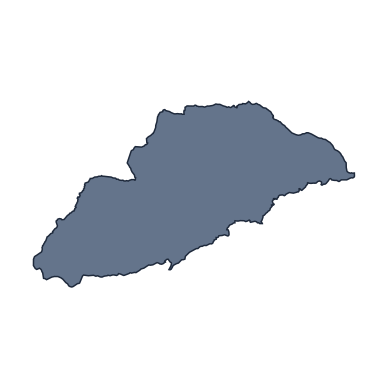 Caineni, Vâlcea, Romania, rotated 176°
{"feature_id": "2599482B74506560405437", "entity_name": "Caineni", "entity_type": "district", "adm_level": 2, "iso_a3": "ROU", "parent_name": "Romania", "parent_adm1": "Vâlcea", "projection": "equal_earth", "projection_center": [24.304, 45.515], "detail": "fine", "context": "isolated", "style": "filled", "palette": "slate", "viewbox_px": 384, "rotation_deg": 176, "n_neighbors": 0, "source": "geoboundaries", "source_scale": "gbopen_adm2", "svg_char_len": 6082}
<svg xmlns="http://www.w3.org/2000/svg" viewBox="0 0 384 384"><g transform="rotate(176 192 192)"><path d="M213.4,276.1L214.9,275.8L215.1,275.2L215.5,275.0L215.6,274.2L218.4,273.6L219.1,272.4L220.0,271.7L219.9,271.3L221.1,269.4L222.2,264.3L223.5,261.0L223.8,258.7L225.8,254.4L226.6,253.6L226.6,253.1L227.4,252.8L229.4,251.2L231.7,250.1L233.7,248.4L233.6,244.4L232.8,244.0L233.1,243.3L234.2,242.5L235.2,242.5L236.4,241.3L239.1,240.3L245.4,241.2L246.6,240.0L247.6,238.3L249.5,237.5L249.9,236.9L254.6,225.5L252.8,222.3L252.5,221.3L251.5,219.9L251.2,218.2L250.3,216.0L248.3,213.1L248.0,210.9L247.8,210.3L247.3,210.2L247.7,208.0L248.2,207.8L249.1,208.4L251.3,208.6L253.7,208.0L254.7,207.4L256.6,207.9L257.7,207.6L259.1,207.8L260.1,208.6L261.5,208.5L263.6,208.9L264.9,210.0L266.5,210.0L266.9,210.8L267.5,211.2L269.7,211.5L271.5,212.5L279.1,213.9L279.9,213.9L281.1,214.6L281.6,214.1L284.1,214.2L285.4,213.7L288.0,213.7L290.5,212.5L292.6,212.6L293.0,211.5L293.6,211.0L294.1,210.0L294.8,209.2L298.0,208.3L298.1,207.7L298.6,207.1L298.3,205.8L299.0,205.2L298.9,204.7L299.1,204.2L299.0,203.4L300.0,202.5L300.1,201.3L301.0,200.8L301.9,199.5L303.0,198.9L304.4,198.6L304.5,197.3L303.8,196.7L304.6,194.9L305.4,194.6L306.0,195.1L306.7,194.3L306.9,193.6L306.1,192.8L306.5,191.9L306.7,190.3L307.3,189.7L307.8,188.4L308.6,187.5L308.8,186.6L309.5,185.9L308.8,185.0L308.8,184.6L310.0,183.8L310.3,182.5L310.8,182.2L310.9,181.4L312.5,181.0L314.5,179.4L315.5,179.3L316.2,178.2L317.9,177.3L321.5,173.5L323.6,173.4L324.2,173.6L324.5,174.4L326.3,174.7L328.1,174.1L328.5,173.1L329.5,172.6L329.6,171.5L328.6,167.8L328.8,167.0L329.7,165.7L331.3,164.9L333.8,162.2L333.6,161.8L333.8,161.0L335.7,160.4L338.6,157.8L339.6,157.4L341.2,153.6L342.3,152.4L342.4,151.9L343.2,151.0L344.0,149.5L344.8,148.8L344.8,148.3L345.5,146.9L345.3,145.8L345.6,144.3L346.3,142.7L353.6,138.5L354.8,136.0L355.3,129.7L353.7,126.6L352.3,125.6L349.4,126.6L348.2,125.5L347.7,124.8L347.2,122.9L346.6,121.7L346.1,116.2L344.6,115.8L343.2,114.7L337.8,116.9L335.2,117.3L331.6,117.0L328.7,115.5L326.9,114.0L324.2,110.4L322.5,109.1L321.5,107.0L320.2,106.1L318.5,105.6L317.1,106.0L312.6,108.6L311.1,108.7L310.4,109.1L307.1,115.8L306.0,116.7L301.2,115.7L296.0,115.8L293.8,114.7L292.0,115.0L289.5,113.7L287.7,113.4L285.3,114.2L282.4,114.4L281.7,114.8L279.5,114.2L277.0,114.8L275.6,114.7L273.0,114.0L271.7,114.6L271.0,115.7L269.0,115.1L266.2,113.6L265.3,113.6L260.4,115.1L259.4,115.8L258.0,115.3L255.1,115.8L253.5,115.5L249.6,117.6L248.1,118.8L245.3,119.4L240.3,122.2L238.6,121.9L236.1,122.1L231.8,124.0L229.9,123.2L229.1,122.5L227.4,122.1L226.1,122.4L224.8,123.1L224.3,124.0L223.4,123.9L223.4,124.2L224.0,124.6L223.9,125.1L221.7,126.6L220.5,126.6L218.7,123.7L217.8,123.1L217.5,122.6L217.6,121.6L218.2,119.7L220.4,116.2L219.3,115.9L218.1,116.5L216.7,118.6L216.3,119.5L215.0,120.5L212.5,121.6L210.4,122.1L207.1,125.1L205.4,125.1L203.8,125.5L203.1,128.3L198.8,132.0L191.8,135.2L190.0,135.2L188.1,136.8L186.6,137.2L185.6,137.1L183.7,137.9L181.5,137.6L177.9,139.1L175.9,138.9L174.8,139.6L174.1,141.1L173.3,141.9L173.2,142.6L171.1,143.2L171.1,144.9L170.1,144.7L168.9,145.2L168.2,146.5L165.0,146.5L162.5,147.1L159.6,145.7L158.8,145.8L158.4,146.1L158.0,147.1L158.0,149.5L158.5,151.6L159.2,152.0L159.9,152.0L159.5,153.1L159.1,153.8L157.8,154.8L157.5,155.5L156.7,156.4L154.0,157.3L152.8,158.2L151.3,158.3L151.4,159.1L151.1,160.3L149.2,159.9L147.4,159.8L146.1,160.1L142.0,159.7L140.6,158.8L139.2,159.0L136.9,160.0L136.2,159.5L136.2,158.3L135.7,157.7L131.3,158.4L129.7,157.8L128.9,156.7L127.7,156.7L126.7,155.8L124.0,155.6L124.0,156.0L124.8,156.6L124.8,157.2L125.1,157.7L124.1,159.1L123.0,161.8L122.8,163.3L121.4,163.9L119.5,165.8L118.3,166.5L117.2,167.7L116.1,168.1L115.5,168.7L115.1,170.2L113.1,172.2L113.2,172.7L113.6,173.1L113.6,173.5L112.7,173.5L111.9,173.2L111.0,173.8L111.1,174.3L111.9,174.7L112.5,177.1L112.3,177.6L111.5,178.4L111.1,179.7L110.8,179.7L110.6,179.0L110.3,178.9L110.0,178.9L109.9,179.6L109.7,179.7L108.2,178.9L107.7,178.9L107.4,179.8L106.3,180.8L105.9,181.9L104.8,182.7L101.9,182.8L100.2,181.9L99.1,182.4L98.4,183.2L95.0,184.7L90.9,183.8L87.3,184.5L86.3,184.9L85.8,184.7L85.0,185.8L84.9,187.8L84.4,187.8L83.6,187.1L83.0,186.1L82.3,186.0L78.4,189.1L77.8,190.3L76.5,191.5L76.1,192.2L76.2,192.9L75.8,193.2L74.6,192.6L72.7,192.3L70.4,192.4L68.6,192.2L67.5,192.3L65.8,193.7L64.0,194.1L62.2,193.0L62.0,191.9L62.7,190.4L62.2,189.9L61.7,189.8L60.0,190.7L58.9,190.5L57.6,191.2L55.0,193.9L54.3,195.1L53.2,195.7L52.6,195.5L51.8,194.3L49.4,193.7L46.6,193.4L45.2,192.4L44.3,192.3L42.2,193.7L36.8,193.3L33.1,194.8L31.7,195.1L30.6,194.8L29.1,195.7L28.8,196.5L28.7,199.6L30.7,199.6L31.5,200.0L32.4,199.7L34.4,200.4L35.6,201.4L36.0,202.1L36.4,205.5L36.2,210.4L37.6,212.3L39.2,216.6L40.3,218.1L41.0,219.8L42.2,221.4L43.9,222.9L46.2,224.1L47.1,225.1L48.4,228.5L51.0,231.9L52.2,232.6L55.2,235.1L57.3,235.5L59.2,236.7L60.6,236.7L62.4,237.3L68.8,241.5L72.0,243.0L73.7,243.1L75.6,242.3L77.7,242.3L79.6,241.4L82.1,241.2L84.4,242.0L88.3,244.0L92.6,248.8L93.8,249.9L95.0,251.8L97.0,253.1L99.2,255.9L100.3,256.1L101.0,257.0L101.7,257.2L102.5,257.9L104.2,258.5L105.5,259.3L106.2,260.6L106.0,261.4L105.6,261.3L105.6,262.6L106.6,263.8L107.6,266.0L108.1,266.8L109.1,267.4L110.3,268.6L111.4,269.3L111.7,269.9L112.5,270.5L115.1,271.1L118.4,274.1L120.1,274.8L121.3,275.8L121.9,275.9L123.6,275.2L125.7,275.2L127.1,276.1L127.9,277.3L129.2,278.4L130.4,277.3L132.4,276.2L135.4,276.7L136.0,276.0L139.0,276.0L140.1,275.1L140.8,274.8L140.9,274.3L141.3,274.4L141.5,274.1L141.2,273.2L141.4,272.9L143.9,274.2L144.1,274.7L143.9,275.1L144.3,275.4L144.8,275.2L147.0,273.7L147.9,273.6L149.5,274.4L151.2,274.0L152.2,274.8L155.0,275.8L158.1,277.5L160.1,277.6L162.1,278.1L165.1,276.9L169.1,276.5L170.7,276.7L173.4,275.8L175.8,276.6L179.3,276.7L180.3,277.2L181.0,277.2L181.9,278.1L182.9,278.4L184.4,277.6L191.0,278.2L192.2,277.3L192.8,277.2L193.1,276.7L193.1,274.9L193.5,273.8L194.2,273.9L194.5,272.9L194.5,270.1L196.3,270.2L197.0,270.7L199.1,270.8L201.0,271.2L203.4,271.1L204.5,271.3L208.0,273.1L208.5,273.7L212.4,275.0L213.4,276.1Z" fill="#64748b" stroke="#1e293b" stroke-width="1.5"/></g></svg>